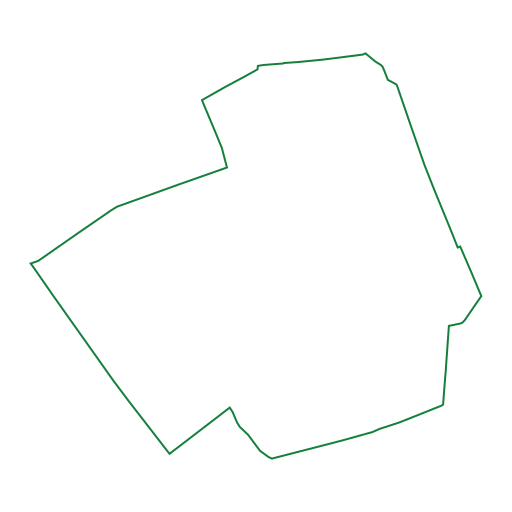 outline of Calinesti, Teleorman, Romania
{"feature_id": "2599482B33881241213491", "entity_name": "Calinesti", "entity_type": "district", "adm_level": 2, "iso_a3": "ROU", "parent_name": "Romania", "parent_adm1": "Teleorman", "projection": "mercator", "projection_center": [25.227, 44.113], "detail": "fine", "context": "isolated", "style": "outline", "palette": "green", "viewbox_px": 512, "rotation_deg": 0, "n_neighbors": 0, "source": "geoboundaries", "source_scale": "gbopen_adm2", "svg_char_len": 1194}
<svg xmlns="http://www.w3.org/2000/svg" viewBox="0 0 512 512"><path d="M271.9,458.6L274.6,457.9L341.7,440.6L372.6,432.0L379.3,429.0L399.2,422.5L440.9,405.9L443.1,404.6L443.7,396.5L445.4,374.8L445.7,371.8L446.2,364.0L448.9,325.9L460.4,323.5L461.7,323.0L463.2,322.0L464.0,321.0L464.8,320.1L467.9,315.6L474.6,305.8L481.3,296.1L471.7,273.2L460.2,246.5L457.7,247.5L451.7,232.3L434.3,189.9L424.6,165.3L411.4,127.5L409.1,120.8L397.1,85.8L396.4,84.5L392.1,82.1L387.8,79.8L386.9,77.4L386.2,75.6L385.7,74.3L384.5,71.3L383.7,69.3L383.1,68.0L382.7,67.0L382.5,66.6L382.1,66.2L381.2,65.3L380.3,64.6L377.9,63.1L376.7,62.4L375.3,61.5L373.6,60.1L365.5,53.4L362.6,54.6L323.1,59.6L297.4,62.1L284.0,63.0L283.1,63.5L268.3,64.6L262.7,65.1L257.9,65.9L257.5,69.4L243.8,77.0L225.3,86.9L202.0,100.1L203.5,103.9L209.9,119.1L215.2,131.8L220.1,143.7L221.8,147.7L222.3,149.7L225.1,160.4L227.0,167.5L178.7,184.5L117.0,206.7L110.9,210.5L78.2,233.0L38.2,260.9L33.3,262.6L30.7,263.5L35.0,269.5L53.2,295.7L113.4,380.7L128.4,400.7L160.2,441.8L161.4,443.4L169.5,453.8L194.2,434.9L229.7,407.6L232.6,412.0L237.1,422.6L239.8,426.9L248.0,434.7L260.0,450.8L268.5,457.0L271.9,458.6Z" fill="none" stroke="#15803d" stroke-width="2"/></svg>